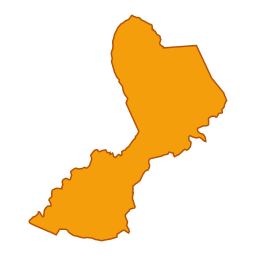 the district of La Magdalena Tlatlauquitepec, Puebla, Mexico
{"feature_id": "50627088B24102510221280", "entity_name": "La Magdalena Tlatlauquitepec", "entity_type": "district", "adm_level": 2, "iso_a3": "MEX", "parent_name": "Mexico", "parent_adm1": "Puebla", "projection": "equal_earth", "projection_center": [-98.104, 18.743], "detail": "fine", "context": "isolated", "style": "filled", "palette": "amber", "viewbox_px": 256, "rotation_deg": 0, "n_neighbors": 0, "source": "geoboundaries", "source_scale": "gbopen_adm2", "svg_char_len": 4910}
<svg xmlns="http://www.w3.org/2000/svg" viewBox="0 0 256 256"><path d="M226.7,100.7L223.6,92.8L211.7,78.2L197.3,47.5L196.4,45.5L163.4,47.9L163.2,46.6L161.4,45.7L160.3,44.6L159.8,44.0L159.6,43.0L160.0,42.0L160.4,40.7L160.8,39.7L160.3,38.2L159.9,36.2L158.3,35.1L157.0,34.6L156.2,33.2L155.4,31.6L154.5,31.0L153.8,30.8L153.7,29.9L153.3,29.5L152.7,29.8L152.2,29.4L152.3,28.5L152.2,27.8L152.2,27.1L152.1,26.3L152.0,25.5L151.8,25.0L150.9,24.4L149.6,24.1L148.3,23.5L147.0,22.7L145.8,22.1L144.2,21.2L143.1,20.7L142.0,20.1L141.4,20.0L141.0,19.6L140.5,18.8L140.0,18.2L139.1,17.9L138.3,17.5L137.1,17.6L136.2,17.3L134.8,16.8L133.9,16.5L132.7,15.7L131.6,15.4L130.7,16.9L129.5,18.5L128.3,19.7L125.4,20.9L123.4,22.7L120.6,24.3L117.8,27.9L116.3,30.9L115.2,33.1L114.4,35.0L114.0,37.2L112.7,41.5L113.0,46.1L112.8,48.9L111.8,51.0L111.3,53.8L111.7,56.0L112.3,58.7L111.5,61.7L113.3,67.7L114.5,72.0L116.9,77.2L119.5,80.0L118.9,81.7L122.2,86.0L122.7,87.7L123.5,91.9L124.8,94.6L127.8,98.6L126.8,100.9L126.3,102.0L126.6,102.2L126.4,102.9L126.2,103.5L138.8,131.3L138.4,132.3L138.0,133.3L137.5,134.1L137.1,134.7L136.5,135.6L135.5,136.3L135.4,137.7L134.7,139.0L134.0,139.3L133.0,140.5L131.7,142.3L130.6,143.8L128.9,146.5L127.1,147.7L126.2,148.7L125.2,150.0L123.5,150.5L122.8,151.1L121.8,151.5L121.9,155.0L121.0,155.7L120.4,155.7L120.1,155.2L119.9,154.7L119.3,154.7L118.7,154.5L118.1,154.7L117.7,155.2L117.1,155.8L116.2,156.8L115.2,157.5L113.6,156.4L112.6,153.1L110.2,154.4L110.1,152.5L109.3,152.8L108.3,152.5L107.0,152.6L106.6,151.6L106.1,150.3L105.6,149.9L104.3,150.1L102.5,150.5L99.2,151.8L97.1,149.7L95.3,150.0L93.8,151.1L90.8,155.0L91.2,156.9L91.7,158.9L91.4,160.3L90.5,162.8L89.3,165.8L87.2,167.9L86.2,168.0L84.4,167.3L82.0,168.6L81.9,168.6L78.1,169.0L76.2,168.1L74.1,168.9L70.9,171.3L70.7,172.2L71.6,175.1L70.4,179.2L69.5,179.9L67.2,178.8L67.0,178.5L65.3,178.5L63.2,179.7L62.2,181.6L62.8,185.1L61.8,187.3L61.9,188.8L59.1,188.5L57.2,188.3L55.9,188.5L54.4,189.1L53.0,189.8L52.8,189.9L52.2,190.5L51.8,191.8L51.8,193.2L51.8,195.0L51.8,196.1L51.4,197.0L49.9,198.3L49.2,199.2L49.0,200.3L49.6,201.3L50.3,202.6L51.0,204.0L51.0,205.7L50.7,206.3L49.1,206.0L47.8,206.1L47.1,206.7L45.7,208.0L45.1,209.0L44.6,209.7L44.1,211.9L43.9,214.5L43.6,216.4L42.9,216.8L42.2,216.2L41.5,215.2L39.9,212.6L39.5,212.0L38.9,211.8L38.4,211.9L38.2,213.5L37.6,214.3L36.5,215.2L35.6,216.1L35.0,216.4L34.6,216.7L33.8,216.7L33.2,217.0L29.3,220.7L29.3,221.8L29.7,222.7L31.6,224.0L34.0,225.1L37.1,226.5L37.6,226.7L43.1,229.0L43.9,229.4L45.8,230.2L48.5,231.5L49.3,231.6L50.7,232.2L52.9,233.2L56.1,234.9L59.7,229.2L65.9,229.3L67.0,229.8L69.0,232.4L70.6,233.6L71.2,234.0L73.9,235.6L76.5,236.0L81.0,237.4L82.7,237.7L84.1,237.9L85.6,237.6L87.9,237.6L90.0,237.8L90.6,237.8L92.4,238.2L94.7,239.2L95.3,239.5L96.9,239.7L98.7,240.0L100.0,240.4L101.4,240.6L102.6,240.6L104.3,240.1L110.6,239.0L116.9,237.1L117.2,234.1L118.8,233.2L121.4,231.3L123.3,230.3L124.5,230.4L128.5,233.0L129.4,231.7L128.6,228.9L127.6,227.6L127.5,227.0L126.6,225.5L127.2,223.4L127.5,221.8L125.3,216.6L125.4,215.1L125.6,214.1L126.5,213.7L127.7,212.0L128.8,211.3L129.7,209.3L131.1,208.8L134.7,207.9L135.0,206.9L134.8,205.6L134.4,205.2L133.6,202.4L133.1,200.3L132.5,199.3L132.5,197.0L133.3,192.6L132.7,192.5L132.8,192.0L132.9,191.6L133.0,190.6L133.0,190.1L132.9,186.0L133.8,185.5L135.1,184.2L137.1,182.8L139.3,181.1L140.2,180.2L142.9,174.4L143.7,173.3L144.5,171.9L146.3,170.4L148.0,170.0L148.9,168.4L149.5,166.7L149.6,164.9L148.7,162.7L148.7,161.4L149.0,160.2L149.6,159.1L151.4,158.4L154.1,157.8L161.9,156.0L163.8,154.9L167.8,154.2L169.2,152.1L173.3,153.2L173.4,154.9L174.5,156.7L176.1,155.9L177.3,155.0L178.4,154.9L181.7,152.0L184.6,149.3L186.7,150.2L187.6,149.7L188.4,149.2L189.2,148.2L190.0,147.2L190.6,145.8L190.8,144.2L191.0,143.4L191.0,142.7L190.9,142.0L190.7,141.6L189.8,141.0L189.3,140.7L189.1,140.1L189.0,139.4L188.8,138.5L188.8,137.7L188.8,137.1L189.2,136.4L189.5,136.0L190.7,135.8L191.4,136.4L192.7,136.9L193.6,137.2L194.9,137.6L196.1,137.9L197.4,137.8L198.7,137.3L200.4,137.7L202.0,139.0L202.9,140.0L203.8,140.6L204.5,141.2L205.8,141.5L205.7,140.1L205.3,138.1L205.0,137.0L204.3,135.8L203.7,135.0L203.0,134.3L202.0,133.9L201.0,133.7L199.7,133.0L199.1,132.4L198.3,132.1L198.1,131.5L197.9,131.1L197.7,130.5L197.6,129.9L197.4,129.3L197.7,128.3L198.8,127.8L199.9,127.4L201.0,126.8L202.6,126.2L203.5,125.9L204.3,125.8L205.3,125.8L206.1,125.8L206.8,125.7L208.2,125.0L208.6,124.2L208.6,122.6L208.6,121.6L208.6,120.7L208.5,120.0L208.4,119.4L208.6,118.7L209.0,118.0L209.4,117.5L210.3,117.1L211.1,116.7L211.7,116.3L213.0,116.2L214.1,116.3L215.0,116.4L215.6,117.0L216.5,117.1L217.4,116.1L217.9,114.9L218.3,114.2L218.9,113.4L219.6,113.4L220.2,113.1L220.9,113.0L222.0,113.0L222.3,112.5L222.1,111.0L221.9,110.2L221.9,109.4L222.5,108.8L223.6,107.9L224.1,106.8L224.4,105.7L224.5,104.8L224.8,103.9L225.2,103.1L225.4,102.5L225.8,101.9L226.2,101.3L226.7,100.7Z" fill="#f59e0b" stroke="#b45309" stroke-width="1.5"/></svg>